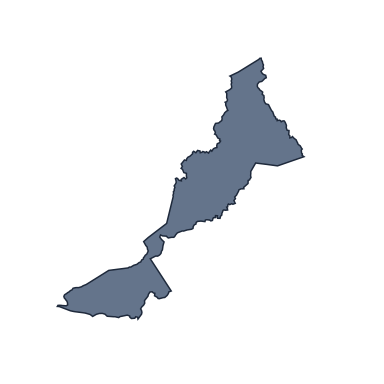 outline of São Jerônimo, Rio Grande do Sul, Brazil, rotated 196°
{"feature_id": "56859067B72938685256949", "entity_name": "São Jerônimo", "entity_type": "district", "adm_level": 2, "iso_a3": "BRA", "parent_name": "Brazil", "parent_adm1": "Rio Grande do Sul", "projection": "albers", "projection_center": [-51.898, -30.291], "detail": "fine", "context": "isolated", "style": "filled", "palette": "slate", "viewbox_px": 384, "rotation_deg": 196, "n_neighbors": 0, "source": "geoboundaries", "source_scale": "gbopen_adm2", "svg_char_len": 4523}
<svg xmlns="http://www.w3.org/2000/svg" viewBox="0 0 384 384"><g transform="rotate(196 192 192)"><path d="M269.9,72.6L271.0,71.7L272.0,70.5L274.5,68.9L277.2,68.1L278.2,67.6L279.8,66.7L280.4,64.8L281.7,63.7L282.8,61.9L283.9,60.9L284.6,59.7L285.5,58.9L286.2,57.9L286.4,56.4L285.6,55.0L284.6,54.4L283.4,53.4L282.2,52.6L281.2,51.3L280.4,49.2L281.6,47.9L283.2,47.6L284.8,47.2L286.3,47.0L287.8,46.7L289.6,46.1L289.9,44.9L288.0,45.3L278.5,44.5L276.1,44.3L273.1,44.5L271.4,44.7L268.8,45.1L265.5,45.6L263.5,45.9L261.3,46.2L260.0,46.2L258.8,46.2L257.3,46.2L256.2,46.2L254.6,45.6L253.2,45.0L250.2,48.1L248.7,49.0L247.6,49.7L244.7,50.6L243.6,50.6L242.0,50.6L239.3,49.2L232.9,50.5L231.6,50.9L227.8,51.1L227.1,52.2L225.9,52.9L224.9,53.4L220.3,55.8L217.7,55.6L217.1,54.4L215.3,53.7L212.2,54.9L211.7,56.6L209.7,56.6L208.9,55.0L206.8,60.7L207.0,62.6L208.0,64.4L209.2,65.4L208.5,68.0L207.4,69.7L206.8,72.0L207.7,74.5L207.0,76.2L205.6,79.7L205.7,81.6L204.8,84.3L202.8,85.1L201.2,84.3L199.8,84.4L199.4,81.9L196.4,81.2L195.3,80.3L194.1,80.4L190.6,82.5L189.1,83.1L187.4,85.7L186.7,88.0L186.8,89.5L184.7,91.1L213.7,116.3L209.3,120.4L207.3,120.9L205.8,122.5L204.9,124.4L205.0,126.8L204.5,128.2L205.1,132.4L205.1,136.3L208.1,137.9L210.6,139.8L210.4,142.0L208.0,141.7L206.9,142.0L204.3,142.5L203.2,141.7L202.1,141.3L199.4,142.7L197.0,143.4L196.3,144.7L195.9,146.3L194.8,148.7L190.7,151.8L189.2,152.2L186.2,154.2L182.3,156.0L181.0,157.2L181.3,159.2L180.7,161.2L179.4,162.2L179.6,164.0L178.5,165.3L175.4,166.5L171.4,167.1L171.4,168.7L170.2,169.4L167.2,169.9L165.9,169.4L164.5,170.3L164.6,171.7L164.3,173.2L162.6,173.8L162.9,175.8L161.0,176.2L161.0,174.7L160.2,173.8L157.8,174.4L157.9,176.6L157.0,178.1L157.4,179.4L157.2,181.0L157.1,182.9L156.3,183.6L155.1,183.6L152.8,184.5L153.3,185.7L154.5,187.0L153.6,187.6L154.0,189.4L153.7,190.5L152.2,190.3L150.6,191.7L149.3,191.5L147.3,193.0L149.4,195.4L148.4,197.6L149.6,198.9L148.3,201.4L148.1,202.7L147.5,205.5L147.5,207.0L145.8,208.5L143.0,209.4L143.6,210.7L140.5,215.6L141.2,218.6L140.0,219.5L139.8,220.8L139.3,222.1L140.2,224.0L140.7,226.5L141.2,227.7L140.2,231.8L138.8,237.4L127.4,239.2L117.0,240.7L94.1,256.8L96.3,257.6L96.4,259.0L97.4,259.6L98.0,261.1L98.5,262.4L97.9,263.7L98.9,264.4L100.7,266.2L102.2,266.7L103.4,267.3L104.1,268.4L105.3,269.6L106.2,270.8L107.8,271.4L109.2,272.0L110.7,273.0L111.5,271.7L112.9,271.0L113.3,272.8L114.9,273.9L115.2,275.8L115.7,277.8L117.6,277.6L119.1,279.7L119.6,282.1L121.5,284.5L122.8,285.7L124.1,285.5L125.6,284.1L126.5,285.0L127.9,285.1L129.8,284.1L130.2,285.5L131.6,285.4L132.4,287.0L133.9,287.6L136.5,291.3L137.6,291.9L138.5,292.7L142.6,297.1L145.4,297.1L147.0,298.4L148.4,300.6L148.7,302.6L149.5,304.5L151.4,305.2L151.6,307.5L153.0,308.1L155.2,308.9L156.0,309.8L157.5,310.5L158.4,311.7L158.8,313.7L157.7,316.3L155.4,317.5L154.2,319.5L153.4,321.1L152.1,322.3L153.3,324.5L155.6,324.7L157.1,325.3L159.0,327.1L157.2,330.5L158.3,332.2L158.3,333.8L159.4,335.0L160.4,337.0L161.5,337.8L162.4,339.7L163.7,339.2L164.3,337.9L170.4,331.2L180.6,320.0L187.5,313.9L186.0,313.4L185.2,312.1L184.8,310.9L184.9,309.6L183.9,307.9L184.1,306.5L183.0,304.5L182.6,302.8L183.9,300.8L187.2,297.5L185.8,296.4L185.3,294.7L184.7,292.3L183.2,290.3L183.5,288.5L184.9,287.4L184.0,286.7L183.6,284.9L182.0,282.9L181.0,281.4L180.0,280.3L181.1,279.3L182.4,277.1L182.9,274.7L184.0,272.4L183.3,271.0L183.1,268.9L184.4,267.2L185.4,265.7L188.3,264.4L188.9,260.6L188.7,258.8L187.9,257.6L186.8,256.9L185.8,255.2L186.2,253.9L184.6,253.6L182.0,251.0L179.8,250.6L179.7,249.0L178.6,248.8L179.2,246.9L181.0,245.4L181.0,243.5L180.3,241.6L182.0,240.7L183.3,239.5L184.2,236.7L185.5,237.5L186.4,235.6L186.8,234.0L189.3,234.7L190.3,233.3L191.4,233.9L192.8,233.9L193.4,232.9L194.9,232.0L195.6,233.6L198.1,233.5L199.1,230.8L201.6,231.6L202.4,230.3L202.0,228.9L203.7,226.0L205.6,224.2L206.2,222.5L206.1,220.8L208.1,220.7L209.4,217.5L210.1,215.9L208.3,214.0L209.0,211.7L207.3,211.1L205.2,208.4L202.5,208.4L201.8,205.8L200.9,204.2L201.7,202.8L203.7,203.7L205.9,201.1L205.3,199.8L207.7,199.6L209.6,201.0L210.8,201.1L211.6,200.2L210.4,198.3L209.8,196.8L210.1,195.1L210.8,192.9L209.7,191.8L209.9,189.8L209.4,188.4L210.0,187.3L209.3,185.5L209.4,183.7L208.8,182.5L208.6,177.2L207.7,154.8L221.5,136.2L224.8,131.0L222.7,128.9L221.6,127.8L219.9,126.7L219.0,124.7L217.8,123.3L218.3,119.9L219.6,118.1L219.8,116.9L220.5,115.5L220.3,114.1L221.6,112.8L222.0,110.6L223.4,109.6L225.1,107.2L227.8,105.5L230.1,103.0L231.5,102.6L232.5,101.4L250.4,93.7L268.3,73.8L269.9,72.6Z" fill="#64748b" stroke="#1e293b" stroke-width="1.5"/></g></svg>